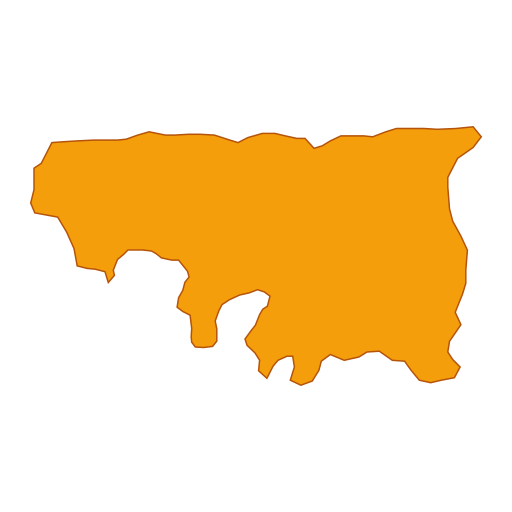 Mandres Lefkosias, Cyprus (Natural Earth projection)
{"feature_id": "46923920B85136596681423", "entity_name": "Mandres Lefkosias", "entity_type": "district", "adm_level": 2, "iso_a3": "CYP", "parent_name": "Cyprus", "parent_adm1": "", "projection": "natural_earth1", "projection_center": [33.366, 35.223], "detail": "fine", "context": "isolated", "style": "filled", "palette": "amber", "viewbox_px": 512, "rotation_deg": 0, "n_neighbors": 0, "source": "geoboundaries", "source_scale": "gbopen_adm2", "svg_char_len": 1784}
<svg xmlns="http://www.w3.org/2000/svg" viewBox="0 0 512 512"><path d="M108.3,282.5L114.4,275.4L113.3,270.1L117.5,259.5L123.8,254.2L127.9,250.0L142.6,250.0L151.5,251.0L156.2,253.7L161.4,257.9L171.8,260.1L178.6,260.1L187.5,271.2L189.1,277.0L184.9,282.3L182.8,290.3L178.6,297.7L177.1,307.2L182.8,311.5L190.1,315.2L191.7,328.4L191.2,336.9L191.7,342.2L195.3,347.0L203.7,347.5L212.6,346.4L216.8,341.1L216.8,329.0L215.2,321.0L218.8,310.9L222.0,304.6L229.3,299.8L239.7,295.0L249.1,292.9L257.5,289.7L264.3,291.9L270.0,296.1L267.4,306.2L262.7,309.3L259.6,314.6L255.4,325.2L251.2,330.5L245.0,339.0L247.1,345.4L254.9,352.8L259.6,360.2L258.6,370.8L266.9,378.3L273.1,366.1L278.0,360.3L287.0,356.2L292.7,356.2L294.4,367.0L290.3,380.2L300.9,385.2L312.3,381.0L318.9,370.3L321.3,361.2L330.3,354.5L344.2,360.3L358.9,357.0L367.0,352.0L379.3,351.2L392.3,360.3L404.6,361.2L411.1,370.3L419.3,380.2L430.7,382.7L441.3,380.2L454.4,377.7L460.1,367.0L452.7,359.5L447.8,352.0L449.5,341.3L460.9,324.7L455.2,312.3L462.5,294.1L465.8,283.3L465.8,270.1L467.4,250.2L460.9,236.1L452.7,221.2L449.5,208.8L448.6,197.2L447.8,187.3L447.8,177.3L457.6,158.3L473.1,147.5L481.3,136.8L473.1,126.8L456.0,128.5L437.2,129.3L424.1,128.5L407.0,128.5L396.4,128.5L385.8,131.8L372.7,136.8L363.7,135.9L351.5,135.9L340.9,135.9L330.3,140.9L322.1,145.9L314.0,148.3L305.0,138.4L296.8,138.4L285.4,135.9L274.8,133.4L262.5,133.4L247.8,137.6L238.0,142.6L229.9,140.1L214.4,135.1L200.5,134.3L188.3,134.3L174.4,135.1L165.4,135.1L149.1,131.8L137.7,135.1L126.2,139.2L117.2,140.1L106.6,140.1L93.6,140.1L77.3,140.9L64.2,141.7L51.9,142.6L41.3,163.3L34.0,168.2L34.0,180.6L34.0,189.7L30.7,203.0L34.8,212.9L57.7,217.1L66.6,232.0L74.0,248.5L77.2,265.9L87.0,268.4L95.2,269.2L105.0,271.7L108.3,282.5Z" fill="#f59e0b" stroke="#b45309" stroke-width="1.5"/></svg>